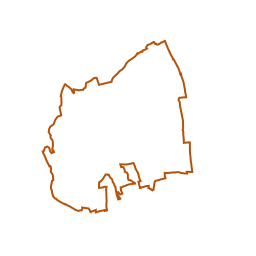 Tatarani, Vaslui, Romania, rotated 198°
{"feature_id": "2599482B87780685319921", "entity_name": "Tatarani", "entity_type": "district", "adm_level": 2, "iso_a3": "ROU", "parent_name": "Romania", "parent_adm1": "Vaslui", "projection": "mercator", "projection_center": [27.934, 46.697], "detail": "fine", "context": "isolated", "style": "outline", "palette": "amber", "viewbox_px": 256, "rotation_deg": 198, "n_neighbors": 0, "source": "geoboundaries", "source_scale": "gbopen_adm2", "svg_char_len": 5691}
<svg xmlns="http://www.w3.org/2000/svg" viewBox="0 0 256 256"><g transform="rotate(198 128 128)"><path d="M119.8,222.2L120.4,221.7L122.0,219.9L122.4,219.7L122.7,219.7L123.9,218.0L125.2,216.6L125.7,216.4L126.2,216.3L126.7,216.4L127.3,216.9L128.0,216.4L128.3,216.4L128.5,216.4L129.1,217.0L129.4,217.5L129.5,217.7L130.3,217.7L131.3,216.4L132.0,215.7L132.3,215.2L132.7,214.8L133.1,214.4L134.4,213.5L135.1,212.9L135.2,212.7L135.2,212.2L135.5,211.2L135.6,210.3L135.5,210.0L135.3,209.8L134.5,209.4L135.5,208.2L138.1,206.1L138.1,205.8L137.8,205.1L137.9,204.9L138.7,204.8L139.0,204.7L140.1,203.6L141.4,201.8L142.1,201.9L142.1,201.6L143.2,198.5L143.7,197.7L146.3,194.2L148.0,192.2L148.7,190.9L149.2,189.7L149.6,188.8L149.8,188.0L149.9,185.9L150.4,184.6L151.6,181.9L152.2,181.1L153.5,179.6L154.4,177.5L155.1,176.0L156.2,173.9L157.1,172.3L157.6,171.3L157.9,170.2L158.1,168.6L157.9,166.9L160.9,165.1L168.9,160.1L173.3,166.0L174.1,165.8L175.6,165.1L176.2,164.3L177.1,162.8L178.0,161.5L179.0,160.5L181.6,158.0L181.7,157.7L180.9,153.2L181.6,152.6L182.1,151.9L182.1,151.4L182.4,151.1L182.5,150.5L182.5,150.4L183.5,150.1L185.2,149.4L186.0,148.7L191.5,148.0L190.2,144.8L190.4,144.4L191.2,144.8L192.4,145.7L193.0,146.5L193.4,147.0L195.1,147.9L196.9,148.7L199.2,149.3L199.4,149.5L200.2,149.9L201.3,150.2L201.6,149.8L201.9,146.9L202.2,143.3L202.2,141.8L202.0,140.2L201.9,137.6L201.4,137.6L200.6,135.8L199.8,133.5L199.1,131.7L198.4,128.8L199.4,127.5L199.4,127.4L199.3,127.1L199.4,126.6L199.2,125.7L198.2,124.3L196.4,121.1L195.6,119.9L195.4,119.5L195.5,119.2L197.3,118.0L198.3,117.1L198.8,116.1L199.1,115.2L199.6,113.5L199.8,111.6L199.8,109.2L200.2,108.2L201.2,106.7L202.1,105.8L202.3,105.1L202.7,102.9L202.2,99.6L199.7,97.5L199.1,96.9L199.4,96.6L199.3,96.1L198.5,94.8L198.1,94.3L197.6,93.9L196.6,93.5L196.1,93.0L195.7,92.3L194.8,90.6L194.4,89.3L193.6,86.6L193.7,85.5L193.6,84.8L193.2,83.8L192.8,83.3L192.6,83.5L192.1,83.2L191.9,83.4L190.9,82.2L193.1,80.4L194.0,81.2L194.8,82.0L195.6,82.9L196.6,84.6L197.8,85.2L199.0,85.4L200.9,83.9L201.0,83.6L201.0,83.1L200.9,81.5L201.0,80.4L201.1,79.7L201.3,79.4L201.8,79.3L200.9,77.9L200.0,77.1L198.0,75.0L194.6,70.9L191.8,68.3L190.9,67.2L190.5,67.5L190.3,67.8L190.0,67.7L189.7,67.3L189.3,66.9L189.1,66.3L189.0,66.1L188.7,65.9L188.6,65.0L188.3,64.6L188.2,64.4L188.2,63.1L187.9,62.5L187.0,61.8L185.5,60.6L184.3,58.9L184.2,58.2L184.0,57.5L183.3,56.1L183.1,55.8L182.9,55.5L183.5,54.7L183.9,54.3L183.3,49.6L183.4,49.1L183.1,48.0L182.5,46.7L182.2,46.0L181.6,45.7L181.1,45.0L179.9,42.5L178.9,41.3L178.5,40.5L178.0,39.8L177.6,39.6L177.1,39.4L176.6,39.1L176.3,38.8L175.8,38.4L175.2,38.4L174.7,38.5L172.9,37.6L171.2,37.2L169.1,36.7L164.4,35.9L164.4,36.2L160.1,35.5L158.8,35.4L153.6,34.1L152.1,33.9L149.7,33.8L148.7,34.3L148.4,34.7L146.6,35.3L146.5,36.9L147.0,38.2L140.6,39.3L139.9,38.7L139.3,38.3L138.2,36.9L137.8,36.6L137.5,36.5L137.5,36.8L137.3,37.0L134.0,39.4L133.3,40.1L132.5,37.8L129.7,39.9L128.4,40.7L127.3,41.2L124.8,42.8L124.4,42.0L123.1,42.7L122.5,43.2L124.1,46.1L124.6,47.4L126.1,53.1L126.7,54.2L126.9,55.1L127.4,56.4L128.0,57.7L128.3,58.9L129.6,62.3L129.9,63.2L130.1,64.4L130.2,65.4L131.2,65.1L131.4,65.1L131.9,65.0L132.3,64.8L132.7,64.6L133.2,63.9L134.5,63.3L135.9,62.6L137.0,62.1L137.6,63.8L138.0,65.1L138.4,66.4L138.6,67.6L138.4,67.7L138.1,67.9L136.4,71.1L136.2,71.8L135.7,73.6L134.9,76.9L134.5,77.0L132.3,77.5L132.1,77.1L131.5,77.3L130.8,76.4L129.7,75.5L128.9,75.0L127.9,74.6L127.0,74.0L126.2,72.6L125.9,72.0L124.7,71.1L123.7,70.2L123.3,69.6L123.1,69.1L122.9,68.8L122.1,68.5L120.9,66.4L120.1,64.5L119.3,63.5L118.9,62.7L118.9,62.4L115.7,57.7L115.2,57.1L113.5,58.3L114.0,58.8L116.9,60.7L117.4,61.2L118.2,62.2L118.7,62.5L118.7,62.8L117.7,64.0L116.9,63.7L116.3,63.0L115.0,62.3L113.1,63.8L115.6,66.8L115.5,67.1L116.6,69.2L115.9,69.6L112.6,72.4L111.9,72.8L111.5,73.2L109.6,74.7L105.4,76.8L104.1,77.3L104.7,78.0L105.5,77.9L106.4,78.1L108.0,78.7L109.6,79.1L110.4,78.8L111.1,78.8L111.7,79.0L112.6,80.3L113.8,83.8L114.7,84.8L115.4,85.2L116.8,85.3L117.4,85.4L117.7,85.9L118.1,86.7L118.9,87.9L120.2,89.3L121.0,89.3L121.9,89.0L122.3,88.7L123.5,90.2L123.9,90.8L124.1,91.1L118.5,92.7L118.0,93.0L117.2,93.3L115.7,94.1L111.9,96.4L110.0,94.2L108.3,91.7L106.1,89.6L104.8,88.5L104.1,87.7L103.8,87.0L102.9,85.6L100.8,82.5L99.8,81.8L99.6,81.4L101.5,80.1L100.0,77.8L99.6,76.9L98.8,76.2L98.2,74.6L97.4,74.9L96.8,75.7L95.9,76.1L93.0,78.2L90.5,79.4L90.0,77.3L89.4,77.6L89.0,77.2L88.1,76.9L87.1,76.9L87.0,76.7L86.7,76.5L86.3,76.6L85.7,76.5L85.6,76.4L85.5,76.6L84.7,77.1L85.0,78.7L85.2,80.0L85.4,81.4L85.5,82.2L86.0,85.0L86.0,85.7L85.1,86.4L81.9,88.6L81.0,89.3L80.0,89.8L78.8,90.6L78.1,90.9L76.8,92.0L77.3,92.6L77.8,93.0L78.0,93.3L79.2,96.6L76.3,97.5L73.3,98.8L70.9,99.9L70.5,100.1L70.3,100.0L69.9,100.0L66.8,101.6L63.2,101.7L61.5,102.1L60.6,102.1L59.4,102.5L57.8,103.0L58.4,104.0L58.6,104.5L56.9,105.0L53.3,106.0L54.8,109.3L55.8,111.3L56.5,113.0L57.8,115.5L58.1,116.0L59.5,119.5L61.6,124.1L62.5,126.9L63.3,128.9L63.8,130.8L64.8,133.4L68.7,131.9L70.3,131.1L71.4,134.3L73.5,139.1L74.1,141.1L75.0,142.6L75.5,143.4L75.6,143.5L75.4,144.1L75.4,144.6L76.5,147.8L77.9,151.7L79.1,154.0L79.8,155.3L81.5,158.3L82.6,160.2L83.2,161.4L84.4,163.3L85.6,165.6L86.1,166.9L87.0,168.9L88.2,169.8L88.5,170.3L88.7,170.8L88.8,171.4L88.8,171.8L88.5,172.6L85.3,174.0L84.2,174.4L82.2,175.2L82.6,175.9L82.8,176.3L83.1,177.1L85.1,180.5L85.4,181.4L86.0,182.6L87.0,184.4L87.7,185.7L89.7,189.3L93.1,193.6L93.5,194.4L93.9,195.3L94.0,195.0L94.0,194.8L94.4,194.7L94.8,195.2L95.4,196.1L96.0,197.1L97.4,199.0L98.3,200.1L100.0,201.8L105.6,207.3L105.8,207.4L106.1,207.4L106.3,207.3L106.3,207.5L110.5,211.6L111.1,212.1L111.5,212.4L111.6,212.6L111.6,212.8L114.1,215.4L119.8,222.2Z" fill="none" stroke="#b45309" stroke-width="2"/></g></svg>